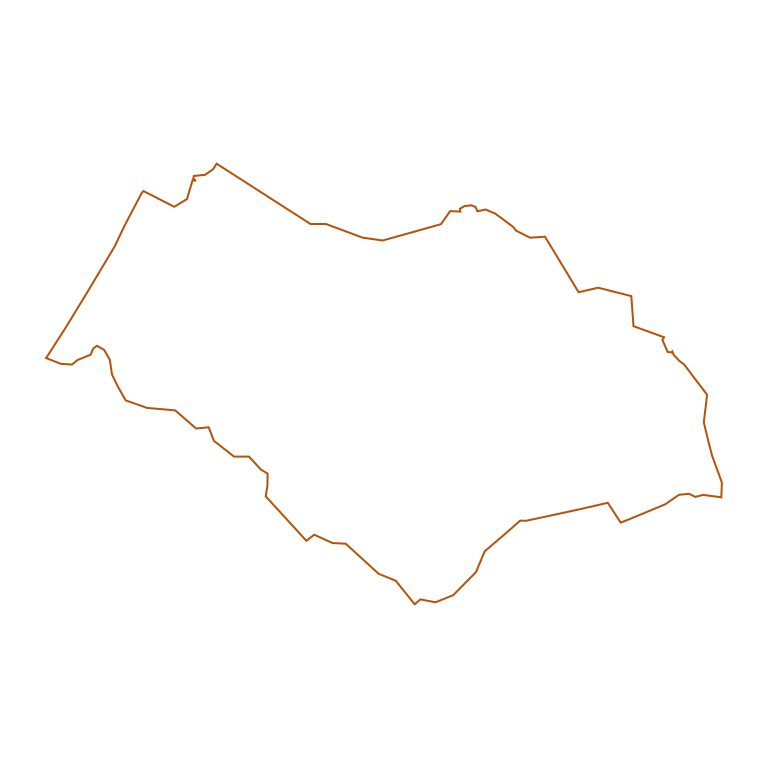 outline of Gialia, Paphos, Cyprus
{"feature_id": "46923920B52115855952843", "entity_name": "Gialia", "entity_type": "district", "adm_level": 2, "iso_a3": "CYP", "parent_name": "Cyprus", "parent_adm1": "Paphos", "projection": "robinson", "projection_center": [32.545, 35.082], "detail": "fine", "context": "isolated", "style": "outline", "palette": "amber", "viewbox_px": 768, "rotation_deg": 0, "n_neighbors": 0, "source": "geoboundaries", "source_scale": "gbopen_adm2", "svg_char_len": 1341}
<svg xmlns="http://www.w3.org/2000/svg" viewBox="0 0 768 768"><path d="M485.6,209.5L477.4,211.3L475.5,207.0L471.3,205.3L464.5,206.1L460.0,208.7L460.4,211.6L450.2,211.1L440.9,224.2L382.7,240.5L362.4,237.6L326.0,224.0L310.5,224.0L216.6,163.7L213.1,169.2L205.1,174.8L193.8,176.0L193.4,178.5L195.8,180.9L192.7,180.0L187.0,199.0L174.3,206.8L143.5,191.1L141.9,192.7L135.5,204.8L124.4,226.0L118.9,237.5L114.8,246.2L86.7,293.2L65.2,328.4L46.1,358.1L46.5,358.2L61.1,363.9L72.1,364.5L77.3,360.1L90.6,354.7L93.2,348.5L97.0,345.8L104.1,349.9L109.8,359.7L112.0,374.5L118.1,387.1L125.7,400.4L147.0,407.9L175.3,410.4L196.0,428.5L208.7,427.3L213.9,440.8L234.0,456.6L249.0,456.6L260.8,469.5L267.6,473.6L267.4,485.9L265.7,496.3L306.4,540.8L314.2,534.7L332.4,543.0L345.7,543.7L378.6,573.8L395.7,580.7L414.7,604.3L420.4,599.4L435.6,602.3L453.3,595.1L476.0,572.1L484.7,551.3L504.5,534.4L520.2,520.6L526.0,520.8L578.5,509.5L607.8,502.8L620.7,522.6L628.6,519.5L665.2,504.3L679.0,494.8L689.2,493.8L695.3,496.9L703.1,494.9L721.3,497.3L721.9,482.6L712.2,456.0L709.1,444.3L703.8,422.4L707.1,394.8L683.8,364.1L679.3,360.9L673.6,354.7L672.3,351.4L671.3,352.5L667.6,351.9L662.4,339.8L664.1,337.3L633.5,326.2L631.3,296.1L598.1,287.7L578.6,292.2L545.0,236.7L530.0,237.7L516.1,230.7L513.3,227.0L495.4,213.7L485.6,209.5Z" fill="none" stroke="#b45309" stroke-width="2"/></svg>